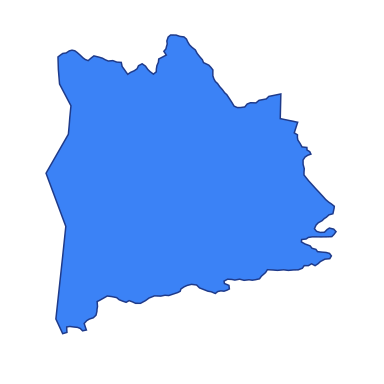 the district of Itatira, Ceará, Brazil, rotated 96°
{"feature_id": "56859067B49742639550907", "entity_name": "Itatira", "entity_type": "district", "adm_level": 2, "iso_a3": "BRA", "parent_name": "Brazil", "parent_adm1": "Ceará", "projection": "equal_earth", "projection_center": [-39.581, -4.608], "detail": "fine", "context": "isolated", "style": "filled", "palette": "blue", "viewbox_px": 384, "rotation_deg": 96, "n_neighbors": 0, "source": "geoboundaries", "source_scale": "gbopen_adm2", "svg_char_len": 2998}
<svg xmlns="http://www.w3.org/2000/svg" viewBox="0 0 384 384"><g transform="rotate(96 192 192)"><path d="M71.7,339.4L84.2,337.7L98.5,335.0L118.9,321.4L131.5,321.3L134.9,321.2L138.3,321.1L147.5,321.0L186.0,338.0L188.6,339.1L193.3,336.8L239.4,313.9L264.9,313.9L272.9,313.9L332.5,314.1L346.4,305.8L344.7,301.7L341.7,302.2L339.3,302.5L338.5,299.5L338.6,295.3L338.6,291.7L339.4,288.9L341.5,286.3L340.3,282.6L337.6,283.9L334.0,285.5L330.9,283.2L329.1,280.8L327.4,277.0L324.6,274.6L320.8,274.1L318.5,274.2L315.8,274.0L310.9,274.9L309.3,272.4L306.8,268.9L304.3,265.4L304.4,261.0L304.9,255.9L306.8,253.1L307.8,249.5L308.6,246.0L306.6,243.2L307.5,239.7L308.6,236.5L308.1,231.6L304.9,226.9L301.9,223.6L299.2,218.4L298.8,212.2L297.5,208.1L297.4,204.3L295.3,199.7L293.5,195.7L292.0,193.4L289.6,192.9L287.1,189.9L285.4,187.0L283.9,182.9L284.0,177.7L286.6,174.5L288.0,169.4L289.0,165.8L289.2,162.5L290.5,158.2L288.3,156.0L287.3,153.0L287.3,149.8L286.0,147.0L284.5,144.7L281.0,145.5L279.6,150.2L277.3,150.8L275.0,147.5L274.8,143.2L275.1,140.2L273.7,135.5L274.4,131.0L273.3,126.1L273.4,122.8L272.6,119.7L271.3,115.8L268.5,114.2L264.4,110.4L261.4,108.9L261.1,103.4L261.0,98.8L259.8,92.7L259.9,88.0L258.9,82.9L258.3,78.2L256.3,74.3L253.5,72.7L253.1,68.6L250.9,65.6L252.4,61.9L250.1,59.1L247.7,57.0L244.9,52.8L243.9,48.0L241.0,46.7L238.7,48.8L238.1,52.3L238.2,56.3L238.2,60.9L236.1,62.8L235.4,66.8L233.2,68.9L231.9,74.1L230.2,78.0L227.8,78.0L226.8,73.6L225.0,71.5L224.0,67.6L223.6,63.7L223.2,59.3L222.8,55.8L222.4,52.6L221.8,48.3L219.4,46.4L216.4,44.6L214.1,47.2L213.5,51.6L215.2,53.7L218.2,56.1L218.8,60.3L218.1,64.0L215.7,66.4L212.0,65.2L209.4,63.2L206.9,59.6L204.7,57.8L203.1,55.8L200.4,53.4L198.9,49.6L196.2,49.3L193.5,49.0L191.3,49.0L189.2,52.3L187.8,55.0L185.5,58.3L183.3,60.7L175.5,69.6L168.8,77.1L163.4,82.4L160.6,82.7L157.1,82.8L152.9,84.4L148.6,84.9L145.5,83.3L143.4,80.8L141.9,77.7L139.6,79.1L138.2,82.0L135.7,82.4L135.7,87.3L132.3,89.7L129.2,92.2L126.6,92.9L124.1,93.1L122.5,96.5L111.6,94.2L109.8,111.9L85.2,113.9L88.9,125.6L91.7,127.9L93.8,134.9L96.7,137.7L97.1,143.2L98.7,146.3L101.9,148.4L102.9,152.5L103.3,155.7L102.2,159.1L98.5,161.9L94.8,164.9L91.5,167.6L89.9,169.9L87.1,172.4L84.2,175.6L81.5,177.9L79.7,180.3L77.3,182.0L74.3,183.4L70.7,183.8L68.4,184.0L66.1,186.2L64.1,188.5L62.1,194.1L59.4,195.5L56.6,198.5L53.6,201.4L50.4,203.5L48.0,207.3L45.9,209.9L43.1,212.0L40.5,213.5L38.6,216.2L38.5,220.3L37.6,224.2L38.1,229.7L40.4,231.9L44.4,232.8L47.4,232.1L50.1,232.6L52.4,232.9L55.0,234.7L58.5,231.9L61.3,236.1L63.2,239.0L66.5,239.0L70.0,240.1L73.4,240.3L76.2,240.1L78.8,242.7L76.7,246.3L74.7,248.8L71.7,251.4L69.7,255.0L72.0,258.4L75.2,259.5L77.5,262.2L79.5,265.7L81.7,268.2L79.6,270.1L77.5,271.9L74.5,274.6L70.5,275.9L70.7,280.3L69.6,284.5L70.5,288.9L69.6,292.0L68.3,295.0L67.6,298.6L66.9,303.8L69.4,306.4L72.2,309.0L71.4,312.0L70.0,314.4L67.6,317.5L65.2,320.9L63.8,323.3L63.5,326.2L64.5,328.8L66.9,331.7L67.7,335.0L69.5,337.1L71.7,339.4Z" fill="#3b82f6" stroke="#1e3a8a" stroke-width="1.5"/></g></svg>